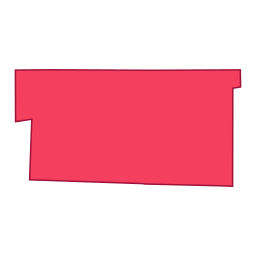 outline of Holmes, Ohio, United States of America
{"feature_id": "52423323B45716544412555", "entity_name": "Holmes", "entity_type": "district", "adm_level": 2, "iso_a3": "USA", "parent_name": "United States of America", "parent_adm1": "Ohio", "projection": "mercator", "projection_center": [-81.953, 40.556], "detail": "fine", "context": "isolated", "style": "filled", "palette": "rose", "viewbox_px": 256, "rotation_deg": 0, "n_neighbors": 0, "source": "geoboundaries", "source_scale": "gbopen_adm2", "svg_char_len": 298}
<svg xmlns="http://www.w3.org/2000/svg" viewBox="0 0 256 256"><path d="M52.6,69.8L15.4,70.1L15.5,108.0L15.6,121.7L31.8,119.2L29.6,179.8L142.4,183.6L144.8,184.0L217.0,185.7L232.6,186.2L232.8,88.2L240.6,87.0L240.3,69.9L150.9,70.3L52.6,69.8Z" fill="#f43f5e" stroke="#9f1239" stroke-width="1.5"/></svg>